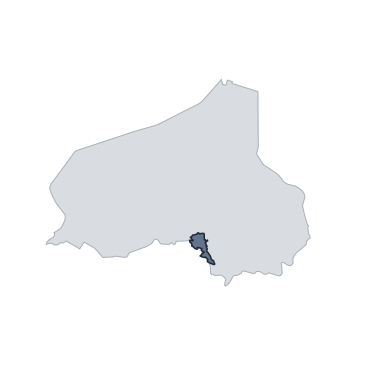 location of Khanaqin, Diyala, Iraq, rotated 121°
{"feature_id": "34846034B8709315351100", "entity_name": "Khanaqin", "entity_type": "district", "adm_level": 2, "iso_a3": "IRQ", "parent_name": "Iraq", "parent_adm1": "Diyala", "projection": "natural_earth1", "projection_center": [45.457, 34.523], "detail": "fine", "context": "in_parent", "style": "filled", "palette": "slate", "viewbox_px": 384, "rotation_deg": 121, "n_neighbors": 0, "source": "geoboundaries", "source_scale": "gbopen_adm2", "svg_char_len": 7140}
<svg xmlns="http://www.w3.org/2000/svg" viewBox="0 0 384 384"><g transform="rotate(121 192 192)"><path d="M160.8,74.9L163.1,74.3L167.5,70.7L170.1,67.3L170.9,67.0L173.1,68.1L174.8,68.4L178.5,67.1L180.8,67.8L182.6,68.7L183.7,68.7L188.7,70.8L190.0,71.1L192.6,71.4L196.5,71.5L199.0,70.1L200.7,68.8L202.0,68.8L203.2,69.1L204.2,69.7L205.0,70.7L205.4,72.1L205.3,76.6L205.6,77.8L206.3,78.7L207.2,78.8L208.2,77.8L210.1,76.4L212.4,74.9L214.1,73.4L215.0,72.9L216.6,73.0L218.0,73.2L218.9,73.9L218.9,74.1L219.7,76.3L221.6,84.2L222.8,85.2L224.1,86.0L225.0,87.2L225.3,88.4L225.2,90.2L225.3,92.4L225.8,94.0L226.5,95.3L227.2,95.9L228.3,96.0L229.5,96.3L230.3,97.5L233.0,106.6L233.3,107.7L234.4,108.1L236.2,107.9L238.1,108.9L240.1,110.3L242.0,113.1L243.3,113.5L247.3,113.1L252.8,113.6L255.4,115.0L255.1,115.9L253.1,116.9L249.7,118.0L248.6,120.0L248.1,122.5L248.2,123.9L249.0,125.5L251.5,128.6L251.6,129.7L252.1,131.3L252.5,132.3L252.0,134.4L249.8,135.8L246.9,137.4L241.0,144.3L240.5,145.8L240.5,149.9L240.0,151.1L238.1,151.0L236.6,150.8L236.6,152.3L235.6,154.2L235.1,155.8L237.3,159.8L237.7,161.8L237.3,163.7L235.3,167.0L234.1,169.2L234.4,169.7L236.0,170.6L240.9,177.8L242.4,180.3L244.5,179.6L245.3,179.7L245.9,180.1L246.3,180.9L246.3,182.0L245.8,183.6L248.4,184.3L249.3,185.9L252.4,191.5L252.3,193.2L250.8,195.8L250.8,197.6L251.2,199.1L251.6,199.7L256.2,199.9L258.1,200.6L262.9,203.4L268.2,207.8L272.7,211.4L276.4,214.5L280.5,214.3L281.6,214.8L282.6,215.8L283.7,218.3L286.1,224.0L288.0,225.9L291.1,230.4L294.0,234.7L292.1,240.5L290.3,246.6L290.4,254.4L290.4,258.6L294.3,258.8L298.6,259.0L298.6,264.0L298.7,269.0L298.8,274.7L300.1,275.0L302.1,276.2L302.9,278.1L304.0,279.1L305.3,279.3L306.6,280.2L307.9,281.8L308.4,283.1L308.1,284.0L308.3,285.5L309.3,287.6L310.3,288.7L312.0,289.9L309.8,290.6L307.3,290.1L302.0,287.5L300.3,287.5L298.1,288.4L298.0,289.3L292.4,286.5L290.4,285.9L289.7,285.8L286.5,285.9L281.9,286.4L279.3,287.5L277.4,288.7L276.6,289.9L276.3,290.6L274.9,294.1L273.2,298.6L271.5,302.7L268.1,308.4L266.2,311.1L262.2,316.0L257.9,317.0L247.8,316.0L236.6,314.9L225.5,313.9L217.2,313.1L216.6,312.8L208.4,305.8L201.9,300.2L193.9,293.3L185.7,286.2L177.4,279.1L171.3,273.9L164.0,267.2L157.4,261.0L152.1,256.2L145.4,252.0L140.1,248.7L132.5,243.9L126.4,240.1L121.1,236.8L113.1,231.7L110.4,230.4L102.0,228.7L94.1,227.3L85.9,225.8L80.4,224.8L84.1,221.2L83.0,218.0L80.4,218.6L77.9,219.3L76.6,214.3L78.4,213.7L76.8,207.1L75.2,200.4L73.6,193.9L72.0,187.2L79.0,182.9L84.2,179.8L91.5,175.3L98.6,171.0L105.3,166.9L112.7,162.4L119.3,158.3L125.3,156.7L126.6,155.4L129.4,149.9L131.7,145.2L131.9,144.1L132.0,137.4L132.5,129.6L133.3,125.4L134.7,121.7L136.0,119.0L136.1,116.5L136.0,113.9L134.8,110.0L133.5,106.0L133.7,102.1L134.0,100.0L134.8,96.7L136.3,94.2L137.8,92.7L143.5,91.2L146.8,90.3L151.4,85.9L154.0,83.4L157.8,79.3L160.5,76.4L160.8,75.3L160.8,74.9Z" fill="#d9dde1" stroke="#a8b0b8" stroke-width="1"/><path d="M224.5,166.2L225.3,165.9L225.5,166.1L225.9,166.4L226.0,166.5L226.4,166.9L227.0,167.5L227.5,167.9L228.1,168.6L228.7,169.3L229.3,169.3L229.7,169.2L230.1,169.3L230.5,169.4L230.6,169.5L231.0,169.7L231.2,169.8L231.1,169.5L231.1,169.2L231.3,169.1L231.6,169.0L231.8,169.0L232.2,168.9L232.3,168.6L232.5,168.1L232.6,167.9L232.7,167.0L232.7,166.6L232.8,166.4L232.9,166.2L233.0,166.2L233.4,166.1L233.5,166.2L233.6,166.4L233.6,166.6L233.7,166.9L233.8,167.2L233.9,167.5L234.0,167.7L234.1,168.0L234.3,168.4L234.4,168.7L234.4,168.9L234.5,169.0L234.8,169.0L235.1,168.8L235.3,168.7L235.5,168.3L235.6,168.2L235.9,168.1L236.0,168.0L236.1,167.9L236.0,167.7L236.1,167.3L236.2,167.2L236.2,166.8L236.1,166.7L236.1,166.3L236.2,166.2L236.3,166.1L236.6,165.9L236.6,165.7L236.7,165.4L236.8,165.2L237.0,165.0L237.3,165.0L237.4,164.9L237.5,164.9L237.7,164.6L237.9,164.6L238.0,164.5L238.2,164.4L238.4,164.2L238.5,164.1L238.6,163.9L238.6,163.7L238.4,163.3L238.2,163.0L238.2,162.9L238.3,162.4L238.4,162.1L238.5,161.9L238.6,161.4L238.8,161.0L238.9,160.7L238.9,160.4L238.9,160.0L238.8,159.5L238.7,159.0L238.5,158.5L238.2,158.2L238.0,157.9L237.8,157.9L237.6,157.9L237.4,157.9L237.2,157.9L237.0,158.0L236.8,158.2L236.7,158.4L236.7,158.5L236.6,158.4L236.4,158.1L236.4,157.8L236.3,157.6L236.1,157.3L236.0,157.1L236.0,156.7L235.9,156.5L235.9,156.3L235.8,156.0L235.8,155.7L235.7,155.5L235.5,155.3L235.5,155.1L235.5,154.8L235.5,154.6L235.7,154.4L235.8,154.3L235.8,154.2L236.0,154.2L236.1,154.3L236.3,154.4L236.5,154.4L236.9,154.3L237.0,154.2L237.3,153.7L237.4,153.4L237.5,152.9L237.5,152.5L237.5,152.3L237.3,152.0L237.2,151.7L237.2,151.4L237.3,151.1L237.4,150.6L237.5,150.5L237.9,150.5L238.0,150.7L238.2,150.9L238.4,151.2L238.7,151.4L239.1,151.6L239.5,151.7L239.8,151.7L240.0,151.5L240.3,151.6L240.7,151.6L240.9,151.6L241.0,151.5L241.4,151.6L241.6,151.6L241.8,151.8L242.2,152.0L242.3,152.1L242.5,152.1L242.7,151.9L242.6,151.6L242.6,151.4L242.6,151.2L242.6,150.9L242.6,150.7L242.4,150.4L242.4,150.2L242.3,149.9L242.3,149.7L242.3,149.4L242.3,149.1L242.2,148.8L242.1,148.4L241.9,148.2L241.7,147.9L241.7,147.7L241.4,147.3L241.2,147.1L241.0,146.9L240.9,146.9L240.9,146.6L240.9,146.4L241.1,146.2L241.2,145.9L241.2,145.7L241.4,145.5L241.5,145.4L241.6,145.2L241.6,144.7L241.5,144.4L241.4,144.2L241.5,143.9L241.7,143.7L242.0,143.5L242.3,143.3L242.5,143.3L242.9,143.4L243.1,143.4L243.4,143.2L243.6,143.1L243.7,142.9L243.8,142.7L243.8,142.3L243.8,141.9L243.7,141.6L243.7,141.4L243.7,141.2L243.8,141.0L243.7,140.5L243.6,140.3L243.5,140.0L243.5,139.7L243.6,139.3L243.5,139.0L243.3,138.7L243.3,138.1L243.3,137.8L243.3,137.6L243.3,137.4L243.2,137.2L243.2,136.9L243.1,136.4L242.9,136.0L242.8,135.7L242.7,135.6L242.4,135.4L242.2,135.4L241.9,135.4L241.7,135.9L241.5,136.3L241.2,136.8L241.1,137.0L240.8,137.2L240.5,137.4L240.3,137.5L240.1,137.7L240.2,138.0L240.2,138.5L239.8,138.8L239.8,139.0L239.7,139.2L239.9,139.7L239.9,140.0L239.8,140.4L239.6,140.8L239.4,141.2L239.4,141.4L239.1,141.6L238.7,141.9L238.3,142.2L238.2,142.3L238.0,142.6L237.8,142.9L237.5,143.3L237.3,143.5L237.2,143.9L237.0,144.4L236.9,144.7L236.8,144.9L236.7,145.1L236.5,145.4L236.4,145.7L236.0,146.1L235.8,146.9L235.7,147.5L235.6,148.0L235.5,148.5L235.4,148.8L235.3,149.0L235.2,149.1L234.8,149.1L234.6,149.1L234.2,149.3L233.8,149.5L233.6,149.5L233.3,149.5L233.2,149.5L232.8,149.9L232.7,149.9L232.5,150.3L232.2,151.0L231.8,151.2L231.6,151.2L231.6,151.3L231.3,151.6L231.0,152.0L230.9,152.1L230.7,152.1L230.5,151.6L230.2,152.1L230.0,152.6L229.9,152.8L229.6,153.0L229.3,153.2L229.1,153.7L228.9,154.2L228.9,154.4L227.7,154.2L226.7,153.9L226.0,153.6L225.8,153.5L225.6,153.7L225.4,153.9L225.7,154.1L226.6,154.5L226.9,154.7L226.4,154.8L226.7,155.2L226.5,155.5L226.4,155.7L226.2,155.7L226.1,155.9L226.1,156.0L226.3,156.1L226.5,156.2L226.5,156.5L226.4,156.7L226.2,156.9L225.9,157.3L225.6,157.5L225.2,157.7L225.1,157.8L224.9,157.9L224.4,158.3L224.1,158.5L223.8,158.6L223.4,158.7L223.0,159.0L222.7,159.2L222.4,159.4L221.9,160.0L221.4,160.5L221.7,160.8L222.0,161.2L222.2,162.1L222.8,162.7L223.2,163.2L223.4,163.5L223.8,163.7L224.0,163.9L223.9,164.1L223.9,164.4L223.8,164.6L223.7,164.8L223.7,165.0L223.8,165.1L224.0,165.3L223.9,165.5L223.9,165.8L224.1,165.9L224.2,166.0L224.4,166.2L224.5,166.2Z" fill="#64748b" stroke="#1e293b" stroke-width="1.5"/></g></svg>